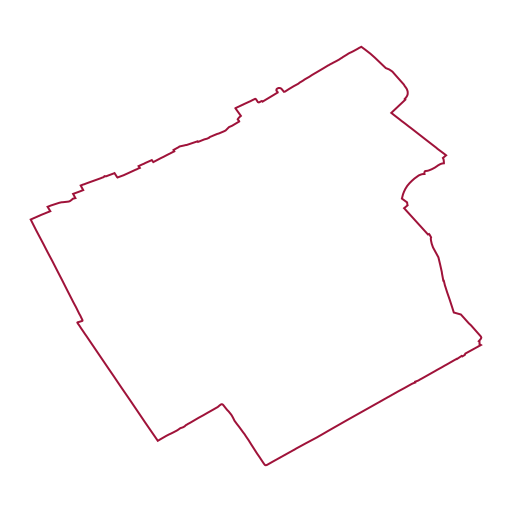 Rijswijk, Zuid-Holland, Netherlands (Robinson projection)
{"feature_id": "6326949B66276661234302", "entity_name": "Rijswijk", "entity_type": "district", "adm_level": 2, "iso_a3": "NLD", "parent_name": "Netherlands", "parent_adm1": "Zuid-Holland", "projection": "robinson", "projection_center": [4.329, 52.037], "detail": "fine", "context": "isolated", "style": "outline", "palette": "rose", "viewbox_px": 512, "rotation_deg": 0, "n_neighbors": 0, "source": "geoboundaries", "source_scale": "gbopen_adm2", "svg_char_len": 5835}
<svg xmlns="http://www.w3.org/2000/svg" viewBox="0 0 512 512"><path d="M480.9,345.0L479.5,344.1L479.5,341.7L478.8,341.2L480.7,339.0L481.1,338.2L481.3,337.7L481.2,337.3L481.0,336.8L480.7,336.3L476.8,331.9L471.0,325.3L468.8,323.3L460.9,314.5L453.8,312.5L452.3,307.7L449.7,299.7L447.1,292.2L445.3,286.5L445.0,285.7L443.8,280.7L443.3,280.7L442.9,278.4L442.4,275.7L442.0,273.6L441.8,272.0L440.1,264.4L438.4,257.3L433.0,247.4L431.7,243.7L431.0,240.5L430.8,238.8L430.9,238.0L431.1,237.4L430.1,235.6L429.6,234.7L429.0,234.0L428.0,234.5L404.1,208.2L407.6,205.3L407.3,204.2L407.1,202.4L401.9,198.6L403.0,194.3L404.0,191.7L405.4,188.8L407.3,185.8L409.5,183.2L411.9,180.8L414.5,178.5L418.1,175.9L418.8,175.4L421.0,174.5L422.5,174.1L424.5,174.0L424.4,173.4L424.4,173.0L424.4,172.7L424.5,172.1L424.7,171.7L424.9,171.3L425.1,171.2L425.3,171.1L425.6,171.0L426.7,170.9L427.4,170.8L427.9,170.7L428.9,170.4L430.1,169.9L431.6,169.3L432.6,168.8L434.3,167.9L435.2,167.4L436.0,166.8L436.8,166.3L438.0,165.4L438.6,165.1L439.4,164.6L440.0,164.3L440.9,163.9L441.8,163.6L442.8,163.4L443.9,163.3L443.9,162.1L443.6,159.5L442.9,158.0L446.1,155.3L445.1,154.5L438.0,149.2L437.3,148.7L436.6,148.0L425.1,139.1L415.6,131.7L410.6,127.8L408.7,126.4L405.4,123.8L403.4,122.3L403.2,122.1L402.7,121.8L401.5,120.9L399.4,119.2L394.2,115.2L391.3,112.9L393.5,110.8L405.3,99.7L404.7,99.0L405.4,98.2L405.8,97.8L406.3,97.1L406.9,96.2L407.2,95.6L407.4,95.1L407.5,94.6L407.7,94.1L407.7,93.4L407.7,92.6L407.7,91.9L407.6,91.5L407.5,91.0L407.2,90.1L406.8,89.1L406.5,88.5L406.0,87.8L405.7,87.3L405.0,86.5L403.8,84.5L395.8,75.5L393.0,72.3L392.7,71.9L392.4,71.7L392.0,71.3L389.1,69.4L385.8,68.1L374.9,57.7L370.4,53.7L365.1,49.6L361.3,46.8L360.0,47.5L359.3,47.8L357.5,48.9L356.6,49.4L354.4,50.6L353.1,51.3L351.3,52.2L349.3,53.1L348.1,53.8L347.8,54.0L346.6,54.8L343.3,56.8L342.8,57.1L342.3,57.5L341.9,57.8L341.3,58.1L340.7,58.5L340.2,58.8L339.4,59.4L336.7,60.9L334.4,62.1L333.2,62.7L331.8,63.5L331.3,63.7L330.8,64.0L330.2,64.3L329.6,64.6L328.6,65.3L328.2,65.4L327.6,65.7L327.2,66.0L322.9,68.6L315.6,72.9L314.7,73.4L313.2,74.3L312.0,75.0L309.3,76.8L305.6,78.9L304.4,79.6L303.5,80.3L300.4,82.2L299.6,82.6L299.3,82.9L298.5,83.6L296.7,84.6L293.7,86.2L291.7,87.4L288.7,89.2L285.0,91.6L284.5,91.7L284.3,91.7L284.0,91.6L283.9,91.7L283.7,91.5L281.6,89.0L281.4,88.8L281.2,88.6L280.8,88.4L280.1,88.1L279.5,88.0L279.0,88.0L278.6,88.0L277.8,88.3L277.1,88.7L276.6,89.2L276.4,89.9L276.4,90.2L276.4,90.6L277.6,92.0L277.7,92.5L275.2,94.0L274.6,94.4L262.6,101.6L262.3,101.2L261.9,101.0L261.3,101.2L259.2,102.3L258.7,102.4L257.9,102.1L256.1,99.4L255.8,99.1L255.5,98.9L255.0,98.9L252.3,100.2L250.2,101.3L249.0,101.8L244.0,104.1L235.5,108.1L235.4,108.2L235.5,108.4L240.9,115.9L240.7,116.1L239.7,116.9L238.9,117.7L238.5,118.2L237.7,119.3L237.9,119.7L238.5,120.3L239.1,121.1L239.2,121.5L232.0,125.8L229.0,127.1L225.6,130.5L224.0,131.3L218.8,133.5L217.0,134.0L210.1,136.9L209.4,137.3L209.2,137.7L207.0,138.7L204.3,139.4L199.6,141.3L198.0,141.9L197.6,141.3L186.6,145.0L185.5,145.1L184.4,145.4L180.3,146.3L179.8,146.4L179.5,146.5L178.9,146.9L178.6,147.2L176.7,148.2L175.3,149.0L173.8,149.8L173.5,150.0L174.1,150.9L174.3,151.3L167.4,154.8L166.8,155.1L163.4,156.9L161.7,157.7L160.5,158.3L153.3,162.1L151.8,160.1L145.3,163.0L143.8,163.8L142.5,164.3L138.6,166.1L139.8,167.9L137.8,168.7L136.6,169.4L135.9,169.6L127.2,173.6L125.2,174.5L123.7,175.2L119.9,176.6L117.5,177.5L117.1,177.1L116.9,176.8L114.5,173.1L113.6,173.5L108.2,175.5L106.1,176.3L105.9,176.3L105.5,176.3L105.2,176.2L104.7,176.1L104.4,176.2L104.1,176.7L103.9,176.9L103.2,177.3L101.4,177.9L101.1,178.1L92.2,181.3L89.4,182.3L85.6,183.7L84.1,184.3L83.6,184.4L82.7,184.7L80.7,185.5L83.2,190.1L79.9,191.4L73.1,193.9L75.4,198.1L72.7,198.8L72.4,199.2L71.2,200.2L69.9,201.1L69.5,201.3L68.4,201.6L63.0,202.2L61.4,202.3L59.2,202.8L50.9,205.5L47.6,206.8L50.3,211.2L41.4,214.8L30.7,219.5L31.3,220.7L32.9,223.9L36.2,230.4L43.6,244.4L45.8,248.7L47.6,252.2L52.4,261.2L57.5,271.2L62.0,279.9L67.4,290.6L72.0,299.6L73.0,301.6L74.7,304.8L75.8,306.8L76.5,308.2L79.1,313.5L79.3,313.9L79.7,314.6L80.1,315.2L81.0,317.1L82.3,319.8L82.4,320.0L82.5,320.2L82.5,320.5L82.4,320.8L82.1,321.0L81.8,321.1L81.4,321.2L78.4,322.1L77.6,322.3L77.4,322.5L77.7,323.3L79.3,325.5L81.1,328.3L83.3,331.5L84.9,333.9L86.6,336.3L91.0,342.8L109.0,369.3L111.6,373.1L113.8,376.3L117.9,382.4L121.7,388.0L129.6,399.5L139.5,414.1L145.1,422.4L153.1,434.0L157.8,440.8L161.2,438.8L166.4,435.8L168.9,434.5L171.1,433.5L173.9,432.1L175.4,431.3L176.6,430.7L177.9,429.9L179.6,428.7L179.8,428.5L180.5,428.1L181.1,427.9L181.6,427.8L182.6,427.4L183.2,427.2L184.0,426.7L184.6,426.4L184.9,426.1L185.6,425.4L186.3,424.9L186.6,424.8L188.0,423.9L190.1,422.8L198.6,417.8L203.4,415.2L207.7,412.7L209.5,411.7L213.4,409.5L216.0,408.0L217.6,407.1L218.0,406.8L219.6,405.4L219.9,405.2L220.7,404.6L221.1,404.4L221.5,404.3L221.8,404.2L222.2,404.3L222.8,404.6L223.0,404.8L223.4,405.2L223.7,405.6L225.5,407.9L226.7,409.4L227.2,410.0L228.1,410.9L228.7,411.5L229.4,412.4L230.7,414.0L231.6,415.2L232.9,417.5L234.1,419.9L234.4,420.6L236.9,424.0L239.1,426.8L241.8,430.5L242.8,431.9L244.8,434.5L245.2,435.2L246.4,437.0L248.6,440.2L251.2,444.4L252.3,446.1L256.0,451.9L257.1,453.6L259.4,456.9L261.5,460.1L263.7,463.4L264.6,464.6L265.0,465.0L265.5,465.2L265.9,465.2L266.4,465.1L267.2,464.8L273.0,461.5L295.3,449.1L295.9,448.7L305.8,443.3L307.7,442.3L317.3,437.2L318.8,436.3L321.1,435.0L324.9,432.8L327.8,431.1L347.1,420.1L371.7,406.3L398.5,391.2L404.3,388.1L409.1,385.4L412.0,383.8L413.6,383.1L415.3,382.5L415.1,381.7L416.8,381.1L418.4,380.5L420.0,379.5L421.7,378.6L425.8,376.3L431.1,373.3L435.2,371.0L436.7,370.1L441.8,367.3L444.7,365.6L446.4,364.7L453.9,360.4L456.8,358.8L457.0,359.0L460.0,357.0L461.7,355.9L462.3,356.4L464.5,355.1L464.9,354.8L465.3,353.6L467.3,352.5L472.4,349.7L480.9,345.0Z" fill="none" stroke="#9f1239" stroke-width="2"/></svg>